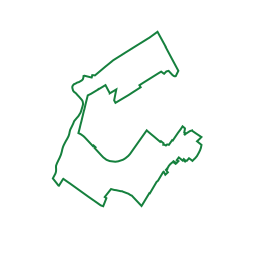 the district of Faurei, Braila, Romania, rotated 314°
{"feature_id": "2599482B41579129284084", "entity_name": "Faurei", "entity_type": "district", "adm_level": 2, "iso_a3": "ROU", "parent_name": "Romania", "parent_adm1": "Braila", "projection": "robinson", "projection_center": [27.267, 45.105], "detail": "fine", "context": "isolated", "style": "outline", "palette": "green", "viewbox_px": 256, "rotation_deg": 314, "n_neighbors": 0, "source": "geoboundaries", "source_scale": "gbopen_adm2", "svg_char_len": 3244}
<svg xmlns="http://www.w3.org/2000/svg" viewBox="0 0 256 256"><g transform="rotate(314 128 128)"><path d="M192.1,116.3L195.3,116.3L196.0,116.7L197.3,117.5L197.0,123.3L197.3,125.0L197.8,125.9L198.5,126.3L204.1,124.5L205.3,120.8L208.7,110.2L212.4,98.8L212.6,98.8L217.7,82.4L207.6,80.6L206.2,80.2L193.9,77.1L180.3,73.7L166.4,70.3L156.4,69.1L142.9,67.7L141.8,66.3L141.5,66.0L141.2,65.6L139.1,66.8L139.0,66.7L135.3,60.3L134.5,59.9L133.4,60.8L131.6,61.7L130.9,61.7L130.2,61.7L126.9,60.8L125.4,59.9L123.5,59.4L121.9,58.7L120.1,58.8L119.5,59.1L118.8,59.4L118.0,60.4L116.8,62.4L116.5,63.8L116.7,65.4L116.8,66.6L116.6,68.7L116.5,71.0L116.2,74.5L116.0,76.0L115.4,77.3L114.0,79.1L111.9,80.3L111.1,80.7L110.3,81.1L107.4,82.6L105.7,83.3L104.2,83.6L102.0,84.1L99.6,84.2L96.9,84.4L96.4,84.4L95.3,84.6L92.9,85.6L89.9,86.6L86.7,87.6L84.9,88.6L82.7,90.0L80.8,90.9L78.2,91.7L75.3,92.4L72.9,93.1L70.7,93.8L69.0,94.5L67.1,95.5L65.0,96.8L62.2,98.3L59.1,99.5L56.0,100.5L54.6,101.0L54.1,101.1L52.4,101.8L51.0,102.4L49.9,103.3L48.8,104.5L47.7,105.6L46.6,106.5L45.1,107.3L44.6,107.5L42.9,108.0L41.1,108.5L39.5,109.0L39.4,109.9L38.7,115.2L38.4,117.1L38.3,118.0L38.5,118.4L41.3,117.8L45.9,116.8L46.5,116.8L47.1,120.9L47.8,125.0L51.0,147.0L51.8,151.9L53.4,162.1L54.5,164.5L62.5,161.2L62.2,159.2L72.3,158.2L72.4,158.4L73.8,161.0L74.9,162.5L75.0,162.6L77.7,167.0L78.3,167.5L78.5,167.9L78.6,168.4L80.5,172.8L81.0,173.9L81.5,176.5L81.8,177.2L82.0,177.6L81.3,191.9L82.3,191.7L88.1,190.4L96.0,188.6L96.2,189.1L109.1,186.0L110.9,186.2L120.3,184.0L121.3,183.9L121.4,184.1L120.3,187.3L123.8,187.5L124.2,184.4L125.1,184.4L125.3,184.9L125.9,184.8L125.9,184.3L126.0,184.3L128.0,184.0L128.9,183.7L131.2,183.5L133.6,183.7L134.3,183.9L135.7,183.8L136.0,185.5L135.1,185.6L135.3,187.0L136.4,186.8L136.4,187.3L139.2,187.3L138.8,185.4L142.1,185.0L142.5,189.9L144.4,189.7L144.4,190.7L143.5,190.7L143.4,190.8L143.5,192.4L143.6,192.5L145.1,192.6L145.4,193.1L148.6,192.9L149.0,195.8L149.1,197.2L151.4,197.2L152.9,197.3L155.7,197.1L159.5,196.1L160.1,195.9L162.0,195.3L164.4,194.2L166.9,192.6L166.4,186.9L170.0,187.1L172.5,187.1L171.3,180.6L170.6,176.4L170.6,176.1L170.8,175.8L168.8,174.7L164.1,173.6L161.9,173.4L164.2,172.8L163.8,171.6L166.1,170.1L167.0,169.5L167.2,169.3L167.3,168.9L167.1,166.1L164.1,166.7L159.3,167.3L150.1,168.9L149.9,168.2L144.3,169.1L143.7,168.0L143.2,167.5L141.9,167.5L141.6,167.2L141.5,166.5L141.2,165.9L140.5,165.0L141.4,164.5L141.7,164.2L141.4,160.8L140.4,160.8L139.9,152.7L139.6,149.0L139.3,144.4L139.3,143.4L139.3,143.1L126.2,145.1L113.3,147.1L110.8,147.5L108.1,147.6L104.8,147.2L103.3,146.9L101.6,146.4L97.2,144.1L94.9,142.3L91.5,137.8L90.2,134.7L90.1,134.1L89.9,132.2L89.7,130.7L89.8,127.9L90.1,122.9L90.4,117.9L91.6,118.0L91.5,115.3L90.6,115.4L91.1,105.8L91.2,103.7L91.2,101.6L90.9,99.5L90.7,98.3L89.9,95.9L90.7,95.4L92.7,94.3L94.6,93.2L96.6,92.0L98.5,90.9L100.5,89.8L102.5,88.6L106.4,86.3L109.3,84.6L109.6,84.4L110.2,84.1L111.0,83.7L117.4,79.9L123.5,76.4L126.8,77.6L134.3,79.6L134.5,79.6L135.0,79.6L135.4,79.7L135.3,79.9L143.2,82.0L141.2,88.1L140.4,90.7L140.3,90.8L147.6,92.8L138.3,98.8L137.4,101.5L152.4,105.6L156.4,106.5L166.1,108.8L166.7,106.5L171.0,107.5L189.0,112.0L191.6,112.7L192.0,115.9L192.1,116.3Z" fill="none" stroke="#15803d" stroke-width="2"/></g></svg>